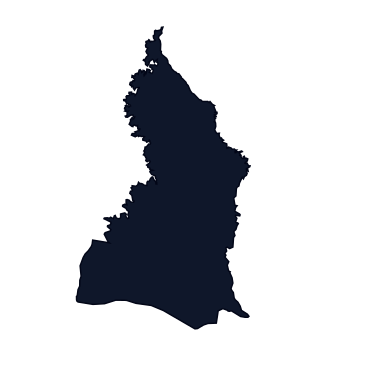 outline of Pedro Gomes, Mato Grosso do Sul, Brazil, rotated 291°
{"feature_id": "56859067B1353449899001", "entity_name": "Pedro Gomes", "entity_type": "district", "adm_level": 2, "iso_a3": "BRA", "parent_name": "Brazil", "parent_adm1": "Mato Grosso do Sul", "projection": "orthographic", "projection_center": [-54.213, -17.957], "detail": "fine", "context": "isolated", "style": "filled", "palette": "ink", "viewbox_px": 384, "rotation_deg": 291, "n_neighbors": 0, "source": "geoboundaries", "source_scale": "gbopen_adm2", "svg_char_len": 6078}
<svg xmlns="http://www.w3.org/2000/svg" viewBox="0 0 384 384"><g transform="rotate(291 192 192)"><path d="M281.1,179.7L282.9,176.4L281.6,175.9L282.2,174.3L280.2,169.2L281.0,167.6L280.9,165.4L284.1,158.8L284.3,156.6L285.9,154.2L290.0,150.2L291.1,147.9L292.2,147.1L294.5,142.3L294.4,141.3L295.5,140.8L297.6,137.5L297.3,135.1L298.0,134.5L298.3,132.1L299.7,128.9L302.1,126.6L303.3,123.7L305.9,122.3L307.6,120.4L309.5,114.7L311.0,113.2L312.1,113.1L312.9,111.8L318.8,109.8L321.6,108.2L323.5,105.7L325.4,105.2L329.5,107.0L331.4,105.9L335.5,105.8L334.8,104.5L332.5,104.7L331.5,103.9L329.9,101.4L329.9,100.0L328.9,99.4L325.8,100.6L324.7,100.7L324.2,99.9L323.2,100.2L321.8,101.1L320.3,103.4L318.5,101.5L318.2,100.2L317.2,99.6L317.3,98.6L318.4,98.2L318.7,97.1L317.5,96.9L316.0,95.1L314.9,95.5L314.6,96.4L312.5,96.0L310.8,96.9L310.5,99.1L306.7,98.7L305.2,100.3L304.7,101.6L303.6,102.1L301.9,101.1L298.8,100.6L298.4,99.5L297.6,99.3L297.1,101.7L294.4,103.0L293.7,105.4L297.3,105.9L297.7,105.1L301.6,107.3L301.7,108.3L299.4,110.5L302.2,111.2L303.3,112.1L300.6,112.6L300.5,113.6L299.0,114.6L296.9,113.8L297.5,111.7L296.8,111.0L295.7,107.4L294.5,107.4L293.5,108.1L293.4,110.1L292.1,110.7L292.1,112.0L291.3,112.5L288.3,112.2L288.5,109.2L290.4,109.6L290.9,108.5L290.6,105.9L286.0,106.8L285.4,106.2L283.3,105.6L284.1,104.9L287.2,105.5L287.8,104.7L288.2,103.8L288.0,102.7L286.5,103.1L285.5,102.2L286.5,101.8L287.6,99.7L286.8,99.0L282.7,99.5L283.3,98.4L281.9,96.8L280.9,96.7L280.2,97.3L279.5,96.5L279.3,94.3L277.5,94.8L278.0,95.7L277.2,96.8L277.3,97.7L275.1,98.4L274.9,97.0L272.7,96.9L273.1,96.1L272.2,95.1L270.1,95.3L269.5,96.3L270.2,97.1L268.6,98.0L269.5,99.0L267.8,100.1L266.6,101.8L269.2,102.2L270.6,105.3L269.8,105.5L268.4,104.7L264.2,105.1L261.9,104.3L262.8,103.8L262.9,101.7L261.8,100.8L263.6,99.8L262.5,97.5L261.4,97.8L260.3,99.1L259.3,98.7L258.5,96.6L257.2,96.3L256.3,97.3L255.0,97.4L253.8,95.1L252.9,95.5L253.0,97.6L251.7,98.6L251.2,99.6L251.7,100.7L250.5,101.8L251.1,102.8L250.3,103.8L248.7,102.6L249.6,99.6L248.6,98.8L247.6,99.6L246.6,99.0L245.5,99.2L244.8,100.9L243.5,100.2L243.6,101.8L244.7,103.6L242.6,103.0L240.9,103.8L239.5,103.3L238.9,102.5L238.2,103.3L238.7,105.0L241.7,107.2L242.8,109.1L241.2,110.3L241.6,111.6L239.5,111.5L238.8,110.9L239.6,110.6L239.9,109.4L237.3,108.6L236.4,109.3L232.7,109.1L231.7,112.5L231.9,113.4L232.7,113.2L234.1,114.2L233.6,115.5L234.6,117.3L233.5,117.3L233.0,118.2L231.7,118.7L232.0,119.8L229.6,119.6L227.7,117.2L227.2,118.2L226.3,117.9L225.1,115.2L223.4,115.1L223.2,119.2L224.8,119.6L224.3,120.3L225.6,121.8L224.8,122.3L225.9,123.5L225.6,124.6L226.6,126.8L226.6,127.9L224.0,127.0L222.8,127.5L223.1,130.9L222.3,131.8L223.3,133.0L225.1,133.5L224.5,134.5L223.5,134.7L222.9,135.8L221.7,135.8L221.3,134.4L217.9,133.3L217.1,132.1L214.5,132.7L213.0,132.3L212.7,133.3L210.8,133.6L209.3,133.3L209.2,134.7L206.8,137.5L204.7,137.6L204.2,139.3L206.1,140.9L205.6,142.0L203.6,141.8L200.9,140.0L200.5,141.2L199.3,141.9L199.1,144.3L197.9,144.6L198.2,147.6L196.7,145.6L195.8,145.4L194.0,148.1L193.9,152.0L192.2,152.8L190.5,154.8L188.5,154.5L189.8,152.0L192.0,149.9L191.3,149.0L189.4,148.4L186.5,148.3L186.2,146.9L185.0,146.5L181.8,147.6L181.2,144.4L181.8,143.2L181.7,141.4L181.2,140.1L181.9,138.6L179.2,138.8L177.3,137.7L176.4,133.9L175.3,134.4L174.1,133.6L172.4,135.7L171.4,135.5L170.6,134.3L168.5,134.4L167.3,137.1L163.0,139.7L162.7,141.3L161.5,141.1L160.8,139.1L160.7,138.2L161.8,136.2L161.7,134.1L161.1,133.3L158.3,134.4L156.8,135.7L156.5,133.6L154.8,132.0L153.7,132.4L153.1,136.4L151.9,137.5L151.0,140.1L147.7,140.3L146.3,141.8L144.9,142.3L144.1,141.5L145.6,138.7L147.7,138.6L148.4,136.8L145.9,133.2L143.1,134.4L141.8,134.4L140.8,133.3L140.5,130.7L142.6,128.7L141.9,128.0L138.9,128.2L139.3,125.1L137.9,124.3L137.6,122.3L136.3,119.5L135.5,119.4L134.9,126.8L133.8,127.6L131.9,127.3L130.3,125.3L129.3,125.5L127.9,129.7L126.4,129.7L122.9,125.5L121.2,125.2L115.4,131.6L114.9,133.0L111.5,116.5L107.5,117.5L104.9,117.5L100.1,116.3L95.9,114.5L91.9,113.9L83.0,114.0L73.6,118.7L69.5,118.9L63.9,120.9L60.0,120.6L54.2,122.0L53.1,121.6L49.9,122.9L48.9,123.7L48.5,125.0L51.6,139.8L56.4,150.4L63.7,159.6L66.8,167.9L67.4,169.9L68.0,179.6L71.5,194.6L71.1,207.8L65.3,243.8L66.5,246.1L72.0,250.4L75.0,254.0L78.3,261.7L90.4,259.0L94.2,262.6L94.3,267.1L93.8,268.3L94.1,269.8L95.2,271.2L93.2,282.0L94.1,286.5L95.1,289.1L96.4,289.7L97.8,287.5L99.2,280.6L102.7,277.9L105.6,274.3L106.9,270.9L108.2,269.3L113.0,266.6L114.5,264.2L115.9,263.0L121.6,262.8L126.3,260.1L130.2,256.2L131.2,256.3L131.3,254.8L132.1,254.0L136.4,251.1L140.1,251.3L143.0,246.1L145.2,246.3L146.2,244.6L149.3,245.5L151.9,243.6L153.1,244.5L152.7,247.4L155.2,249.9L164.3,247.1L166.7,247.7L170.0,245.2L172.8,246.4L176.9,246.1L179.0,246.6L179.5,245.8L179.3,244.2L179.9,243.4L183.5,243.3L184.8,241.3L185.9,241.0L186.8,245.1L187.9,245.1L188.5,244.3L189.3,239.2L190.0,238.7L193.1,238.3L195.3,239.0L195.0,236.8L200.8,233.4L201.7,233.2L204.0,234.4L211.1,232.2L212.8,232.4L214.4,233.6L217.5,233.1L223.8,233.6L222.7,235.3L225.2,235.4L227.1,236.8L229.2,236.8L230.8,235.4L231.7,235.4L231.6,236.9L233.1,235.9L232.4,234.8L233.2,234.4L236.3,236.9L237.2,236.8L236.8,235.9L237.2,234.8L238.7,233.0L237.8,232.2L237.9,231.1L238.7,231.1L240.8,232.5L242.9,232.2L243.0,230.6L242.3,229.8L244.1,227.9L243.3,227.4L242.9,228.2L241.9,228.5L241.4,227.2L242.5,225.0L243.5,224.8L243.4,223.6L244.4,223.9L244.9,222.5L246.1,222.7L247.7,224.5L248.1,223.7L245.9,220.8L245.9,219.4L244.6,219.1L244.1,218.2L244.8,217.5L247.1,218.6L246.7,217.5L247.3,216.2L246.3,214.3L247.1,212.7L247.0,210.1L246.0,210.0L245.4,209.1L249.4,207.1L249.4,202.7L250.4,201.9L251.7,202.9L252.1,201.1L253.0,200.1L252.5,198.8L254.9,196.8L256.7,196.5L255.5,194.0L258.1,190.9L261.7,190.7L264.8,189.3L265.5,188.7L265.5,187.6L266.4,188.0L268.1,187.0L269.0,187.6L270.0,186.0L271.0,187.6L271.6,187.1L271.5,185.6L272.3,185.1L273.6,187.1L274.5,187.2L275.4,186.7L274.7,184.9L275.9,185.2L279.9,181.5L280.8,182.1L281.1,179.7ZM188.5,154.5L188.4,155.6L186.7,156.3L186.6,155.3L188.5,154.5ZM232.0,119.8L232.1,120.8L231.1,120.7L232.0,119.8Z" fill="#0f172a" stroke="#020617" stroke-width="1.5"/></g></svg>